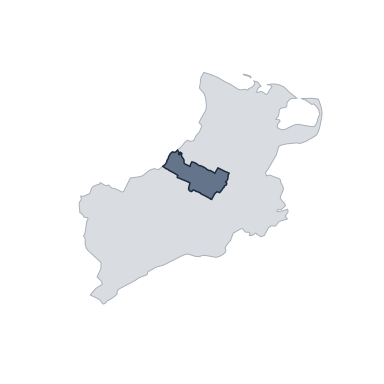 Ak Bugday, Ahal, Turkmenistan shown in context, rotated 117°
{"feature_id": "10190150B31923585689840", "entity_name": "Ak Bugday", "entity_type": "district", "adm_level": 2, "iso_a3": "TKM", "parent_name": "Turkmenistan", "parent_adm1": "Ahal", "projection": "mercator", "projection_center": [58.565, 38.864], "detail": "fine", "context": "in_parent", "style": "filled", "palette": "slate", "viewbox_px": 384, "rotation_deg": 117, "n_neighbors": 0, "source": "geoboundaries", "source_scale": "gbopen_adm2", "svg_char_len": 5737}
<svg xmlns="http://www.w3.org/2000/svg" viewBox="0 0 384 384"><g transform="rotate(117 192 192)"><path d="M120.9,133.7L136.7,134.6L141.6,135.3L143.6,133.0L143.5,132.4L142.7,131.9L141.6,130.3L140.5,119.6L141.9,118.0L143.5,116.9L145.8,113.5L147.0,112.4L148.8,111.6L154.8,111.3L157.4,110.7L159.5,106.8L160.0,104.5L161.6,102.7L162.5,102.7L166.7,104.2L167.5,105.1L168.9,107.9L170.4,107.7L170.7,107.3L170.5,106.6L169.3,104.8L166.8,101.6L164.3,99.6L164.0,98.9L166.2,97.3L170.5,98.0L171.6,97.4L172.7,94.8L178.4,100.7L179.5,101.3L184.0,102.0L184.8,102.8L186.3,106.2L187.9,107.1L189.8,107.7L197.9,107.8L200.4,110.1L200.8,110.6L200.3,112.2L200.2,115.2L199.5,116.4L200.0,116.9L202.8,118.2L204.5,120.1L204.7,121.0L204.2,121.5L202.8,121.3L202.2,122.1L202.2,123.7L203.2,125.2L203.4,126.5L202.1,129.6L202.0,130.9L202.5,131.7L209.7,136.4L210.9,136.5L217.9,135.7L219.2,136.2L225.3,137.2L227.0,137.1L228.2,135.6L229.3,135.0L230.4,134.9L233.3,135.9L236.4,137.9L238.4,139.7L239.4,141.4L242.2,150.5L244.1,154.2L246.3,156.1L247.8,159.7L249.1,167.3L249.9,168.9L253.2,171.9L270.2,184.3L275.3,189.9L283.2,195.1L286.1,194.5L292.3,200.2L296.3,202.3L301.3,205.7L312.0,213.3L314.3,213.6L316.8,212.5L319.1,213.1L323.1,215.1L327.4,218.0L331.0,219.0L332.1,220.3L332.1,221.0L330.1,224.7L329.8,229.4L330.0,235.6L329.0,235.7L321.8,234.0L315.0,230.1L313.4,231.4L312.5,232.6L310.8,238.0L301.6,238.4L296.2,241.0L291.2,258.4L290.1,260.6L287.1,263.4L281.8,266.2L281.0,267.3L280.8,268.3L280.2,268.7L277.3,268.6L266.1,272.4L263.7,272.4L262.7,272.7L262.3,273.4L263.5,276.8L262.5,277.8L261.8,279.5L261.3,282.5L254.0,287.1L252.4,287.7L249.5,287.2L248.0,287.7L246.4,289.2L245.7,288.7L245.4,287.2L244.6,286.3L240.0,282.5L234.8,283.1L232.8,282.8L231.3,282.2L228.9,280.1L227.4,278.0L225.7,278.3L225.3,277.3L225.2,276.2L225.6,274.8L225.5,272.2L224.6,270.3L223.5,269.5L224.7,266.5L224.7,264.3L224.0,261.8L223.7,258.3L223.9,254.9L222.9,253.1L207.5,253.3L201.9,245.2L199.7,243.3L192.0,239.8L189.9,238.0L188.2,236.0L187.7,233.2L186.8,231.6L185.6,231.3L179.6,228.1L177.2,227.2L173.9,228.0L172.0,227.1L169.7,228.4L168.7,228.5L166.2,227.7L163.2,224.7L160.7,223.6L155.3,221.7L151.5,221.1L148.2,220.0L147.9,219.6L147.8,217.1L147.3,216.0L146.4,214.8L145.1,213.8L139.4,213.9L136.7,213.0L134.7,212.8L130.1,213.0L128.7,213.7L127.8,214.5L127.3,216.9L126.8,217.3L122.4,217.3L113.0,216.8L109.1,218.0L103.1,221.8L99.6,224.9L98.6,226.3L96.5,231.8L95.6,232.6L94.4,233.2L93.2,233.3L87.7,235.5L85.5,236.0L80.0,235.7L78.7,227.6L78.2,221.1L78.8,212.1L78.6,206.3L79.5,197.4L79.1,195.3L76.3,191.3L75.9,188.6L74.2,188.4L71.3,186.2L68.6,185.3L67.2,185.2L65.9,185.9L65.0,187.2L64.4,185.1L64.4,182.9L66.6,178.4L68.0,179.7L69.6,180.2L73.9,180.0L73.5,178.4L71.3,176.8L70.8,174.8L71.0,172.6L71.6,170.6L70.9,169.8L69.9,169.3L67.6,169.4L61.7,168.6L61.0,171.0L62.6,174.1L59.9,170.5L58.0,166.9L56.8,162.6L56.6,157.9L58.9,150.4L60.8,141.2L63.1,145.1L64.8,146.8L68.5,147.9L70.3,147.6L72.2,146.6L74.1,147.0L77.1,151.0L79.2,151.4L83.5,149.9L85.6,149.5L87.4,150.2L89.2,150.2L88.4,148.4L88.1,146.5L89.2,145.6L92.6,146.6L95.3,145.5L95.8,145.1L96.1,143.5L95.7,140.3L95.1,139.0L93.5,137.1L87.4,132.6L85.3,130.8L83.6,128.5L80.8,119.2L78.7,113.3L77.9,112.6L74.3,112.1L67.6,113.5L65.2,113.2L64.1,113.9L61.3,116.4L60.0,118.5L58.2,123.4L59.6,125.0L58.5,133.2L59.2,136.7L58.9,136.9L56.9,132.6L54.2,128.2L51.9,121.6L55.9,117.2L59.3,114.1L63.0,111.8L66.9,110.2L75.5,107.8L80.3,106.9L84.1,106.8L87.1,108.2L95.2,113.6L98.7,116.7L99.7,117.9L100.6,120.8L106.5,130.1L107.9,131.4L110.2,134.4L112.4,135.3L120.9,133.7ZM64.1,199.0L63.9,200.2L62.8,196.6L62.3,192.6L63.0,191.5L63.7,191.6L63.0,193.0L64.1,199.0Z" fill="#d9dde1" stroke="#a8b0b8" stroke-width="1"/><path d="M179.9,167.1L178.8,166.7L177.0,166.4L175.6,166.2L174.5,166.1L174.4,166.1L173.8,165.8L173.4,165.6L172.1,165.9L170.8,165.1L169.9,164.6L169.2,164.8L168.3,165.1L168.2,165.2L168.2,165.3L168.0,165.7L168.0,165.9L167.8,166.6L167.0,166.4L166.0,166.1L164.2,166.0L163.1,166.5L162.4,166.6L162.1,166.8L161.8,166.9L161.3,167.1L160.3,167.6L160.2,167.6L159.6,167.4L158.4,167.5L158.4,167.8L158.4,168.1L158.4,168.7L158.4,169.2L158.4,169.7L158.6,170.5L158.7,172.0L158.7,175.8L158.7,178.0L158.7,178.7L158.7,179.8L165.0,180.2L165.0,180.9L164.6,182.2L164.6,183.5L164.6,183.8L164.5,184.8L164.6,185.8L165.2,187.2L165.3,187.2L165.2,187.6L165.1,188.8L164.6,191.0L164.5,193.1L164.5,194.0L164.7,196.1L165.3,198.3L165.0,199.6L164.7,200.4L164.7,200.8L164.7,202.9L164.8,204.3L164.9,204.7L165.1,205.3L165.2,205.8L168.5,205.8L168.7,205.7L169.5,205.4L170.0,205.2L170.1,205.4L170.2,211.6L169.7,212.2L169.5,212.4L168.5,213.0L168.1,213.1L167.5,213.5L167.2,213.6L166.1,215.0L165.8,215.9L165.7,216.1L165.3,216.8L165.1,217.1L163.9,218.2L163.8,218.3L163.3,218.3L163.1,218.3L162.4,218.4L162.1,218.8L161.9,219.6L161.9,220.3L162.8,220.2L163.7,219.7L164.5,220.0L164.5,220.8L164.0,221.4L162.7,221.4L161.9,222.9L161.8,223.1L161.2,223.9L162.1,224.1L163.9,224.7L164.9,226.0L165.1,227.7L167.2,228.5L168.4,228.8L171.8,228.8L172.2,228.5L173.8,228.4L174.7,228.7L175.9,228.5L176.3,228.2L178.1,228.2L179.2,228.3L180.7,228.9L182.1,229.6L182.4,229.7L182.6,228.4L182.8,226.8L183.0,226.2L182.9,224.9L182.8,223.8L183.1,222.4L183.2,222.0L183.2,221.8L183.2,217.7L183.3,216.8L183.3,215.4L183.5,213.8L183.7,212.2L183.8,212.2L185.6,211.9L185.8,210.9L185.5,209.8L185.4,207.5L185.3,205.9L185.1,204.6L185.0,203.1L184.9,200.4L184.8,198.0L189.4,196.9L190.0,196.8L191.3,196.1L191.9,195.1L192.0,194.0L192.0,193.2L192.0,192.9L191.8,192.8L191.4,192.5L191.2,192.3L189.5,191.8L189.5,187.9L189.3,187.7L189.2,187.7L189.2,186.1L189.1,184.6L189.1,184.2L189.5,183.7L189.6,173.1L189.6,172.8L190.0,172.4L189.8,171.7L189.7,171.1L184.8,171.0L183.0,170.9L180.4,169.8L180.2,168.6L180.0,167.1L179.9,167.1Z" fill="#64748b" stroke="#1e293b" stroke-width="1.5"/></g></svg>